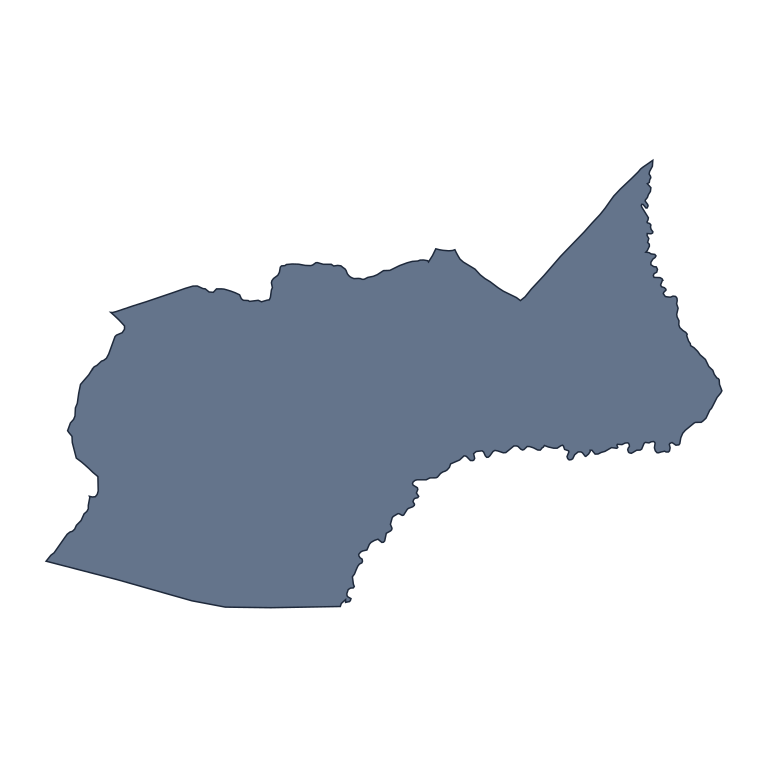 outline of Budjala, Équateur, Democratic Republic of the Congo
{"feature_id": "63176286B30356596276779", "entity_name": "Budjala", "entity_type": "district", "adm_level": 2, "iso_a3": "COD", "parent_name": "Democratic Republic of the Congo", "parent_adm1": "Équateur", "projection": "albers", "projection_center": [20.221, 2.596], "detail": "fine", "context": "isolated", "style": "filled", "palette": "slate", "viewbox_px": 768, "rotation_deg": 0, "n_neighbors": 0, "source": "geoboundaries", "source_scale": "gbopen_adm2", "svg_char_len": 6052}
<svg xmlns="http://www.w3.org/2000/svg" viewBox="0 0 768 768"><path d="M168.5,594.2L191.9,600.8L225.3,607.1L239.1,607.3L270.9,607.7L340.3,606.5L341.3,603.5L344.8,600.3L345.6,599.6L345.6,602.1L345.6,602.4L347.8,601.9L349.5,601.6L350.4,600.5L351.0,598.6L348.1,597.0L347.1,595.9L346.8,593.8L348.2,589.6L350.5,588.1L353.3,587.9L354.3,586.5L353.4,584.2L352.4,576.8L354.5,574.0L356.1,570.0L357.8,566.2L359.4,564.1L361.9,562.8L362.5,561.2L362.1,559.1L360.1,557.8L358.9,555.9L358.7,554.4L360.6,552.1L362.5,551.0L366.9,550.0L369.0,545.2L369.3,544.4L371.0,542.4L374.5,540.4L376.2,539.8L378.0,539.2L379.0,540.1L381.8,542.4L383.5,542.2L384.7,540.9L386.3,533.3L390.6,530.9L391.7,529.7L392.0,528.2L390.4,524.3L390.7,523.3L391.7,519.6L392.1,518.1L392.2,517.8L393.2,516.5L396.7,514.4L397.8,513.7L399.1,513.7L402.2,515.4L403.6,515.1L407.3,509.3L408.4,508.4L412.7,506.8L414.3,505.4L414.5,504.2L413.0,501.7L413.7,499.5L414.8,498.4L417.7,497.7L418.7,496.3L416.4,493.0L417.8,489.5L417.4,487.8L413.1,485.1L412.5,483.6L413.1,482.0L415.0,480.4L417.0,479.8L426.2,479.8L429.9,477.9L436.0,477.8L437.5,477.1L440.5,473.5L442.7,472.0L445.5,471.0L447.2,469.9L449.4,467.4L450.6,463.9L459.6,460.0L464.0,455.9L465.0,455.9L466.4,456.4L470.4,460.5L472.8,460.6L473.8,460.1L474.7,458.4L473.6,453.7L476.2,451.5L480.5,451.0L482.0,450.8L483.6,452.0L485.3,455.8L486.7,457.3L488.3,457.2L489.9,455.8L493.0,451.5L494.9,450.4L497.6,450.9L503.3,452.8L505.8,452.6L510.0,449.2L513.8,446.0L516.3,445.9L518.0,446.4L520.8,449.2L522.5,450.0L523.9,449.6L527.2,446.5L529.7,446.6L533.4,447.8L537.7,450.0L540.3,450.1L541.8,448.4L542.1,447.8L543.3,447.2L544.4,445.5L548.4,447.0L553.7,448.2L556.7,448.2L557.2,448.2L560.9,445.7L562.6,445.2L563.4,446.0L564.6,449.4L568.5,450.8L568.9,451.9L567.0,456.6L567.7,458.6L569.1,459.9L571.1,459.7L572.7,458.8L574.7,454.7L578.2,451.9L580.9,451.9L582.4,452.7L585.1,456.2L585.8,456.4L588.5,454.1L590.2,451.5L590.1,450.2L591.9,450.2L595.1,454.1L598.1,454.0L601.3,452.4L604.9,451.4L611.5,447.6L616.8,448.3L617.8,447.4L616.9,445.2L617.4,444.3L622.0,444.6L625.0,443.1L627.4,442.8L628.5,443.3L629.3,444.8L629.4,446.5L628.2,448.1L627.7,449.8L628.5,452.1L629.3,452.8L631.3,453.3L633.0,452.4L636.7,450.2L640.1,450.1L641.7,449.1L644.1,443.3L645.3,442.4L649.0,442.9L651.2,441.8L653.6,441.5L654.6,442.2L655.1,443.2L654.4,447.8L655.3,450.8L657.0,452.7L658.5,452.8L661.7,451.8L662.4,451.7L664.6,451.2L666.1,452.0L668.4,452.0L669.5,450.9L669.6,450.4L670.1,447.8L669.3,444.3L669.9,443.4L672.0,442.5L675.9,445.2L678.3,444.9L678.8,444.9L679.8,443.6L679.9,443.1L680.5,439.5L680.8,437.8L682.7,433.3L685.3,430.3L693.9,423.2L695.3,422.4L701.2,422.3L703.0,421.0L706.0,418.2L709.8,410.1L711.4,408.5L712.9,405.7L717.1,397.4L720.6,393.2L721.9,390.8L720.0,385.7L719.5,384.5L719.2,379.9L718.4,378.7L716.8,377.9L714.3,374.4L712.8,370.3L708.8,366.5L705.4,359.4L700.1,354.8L697.7,351.4L694.0,347.7L690.6,345.6L690.3,343.6L688.6,341.1L686.7,335.7L687.2,334.2L685.7,332.3L683.0,330.6L679.8,327.6L678.8,324.8L679.0,320.8L677.1,316.9L676.7,314.3L678.1,308.2L676.6,303.8L677.2,300.7L677.0,298.3L676.3,297.2L675.4,296.4L673.0,296.1L670.4,297.2L667.5,296.9L665.3,296.5L663.3,293.7L663.7,292.4L666.0,290.1L665.9,289.2L664.4,287.7L661.5,286.7L660.6,285.0L662.3,280.6L662.9,280.3L662.0,278.7L660.0,277.6L654.1,277.4L653.3,275.7L653.8,274.3L654.2,273.6L656.7,272.2L657.5,269.4L656.3,266.9L653.7,266.6L650.9,264.7L650.9,262.3L652.9,259.1L655.1,257.5L656.0,255.9L654.8,254.4L651.1,253.9L649.0,252.6L645.8,252.2L647.3,250.6L649.4,246.2L649.3,244.2L647.6,242.4L648.8,238.5L647.1,235.6L647.2,233.5L651.0,233.8L652.6,233.0L652.9,231.8L651.1,229.4L650.5,227.0L650.9,225.0L649.7,223.5L647.4,222.8L647.0,222.0L648.0,219.9L648.4,217.8L646.7,215.0L641.7,207.0L641.3,205.5L641.8,204.3L643.2,204.5L645.9,208.0L647.1,208.0L648.1,205.9L647.7,204.5L645.2,201.1L645.3,200.1L647.4,197.5L648.4,194.6L650.4,191.5L650.9,187.7L647.3,183.7L649.3,182.5L649.7,179.8L650.8,177.8L650.5,176.2L649.1,174.0L649.6,171.5L652.4,166.3L652.8,160.3L642.7,167.3L640.6,169.0L638.0,172.1L631.6,178.4L620.3,189.1L613.7,196.1L610.3,200.8L605.1,208.2L599.9,214.7L592.0,223.1L584.2,231.9L560.5,256.4L544.0,275.5L531.3,289.1L525.1,296.8L520.4,300.6L516.5,297.6L503.4,291.2L498.3,287.9L490.1,281.7L485.0,278.6L480.2,274.8L475.0,269.1L463.4,262.1L460.0,259.1L458.0,255.8L456.1,252.3L454.9,249.7L452.5,250.5L448.8,250.8L442.8,250.3L439.4,249.7L435.8,248.8L432.5,255.6L430.9,258.1L428.5,262.0L427.7,260.7L423.6,260.0L420.1,260.1L417.8,261.0L412.3,261.4L407.1,262.8L399.8,265.5L398.1,266.3L389.8,270.4L383.5,270.6L377.2,274.7L376.2,275.1L373.3,276.3L367.8,277.4L364.1,279.3L362.0,279.3L360.5,278.6L358.5,278.4L353.9,278.6L351.5,277.6L350.0,276.7L348.8,275.6L347.5,274.0L346.8,272.4L346.1,270.5L345.0,268.9L343.1,267.6L340.9,265.8L337.7,265.4L333.7,266.0L332.4,265.1L331.3,264.3L323.3,264.3L317.4,262.6L315.9,262.7L312.5,265.1L310.7,265.6L305.2,265.4L298.8,264.2L292.2,264.0L286.4,264.5L285.0,265.6L281.5,265.9L280.3,267.2L279.4,272.3L277.8,275.3L273.5,278.5L271.9,280.7L271.4,282.8L272.4,287.7L271.4,290.0L270.4,297.4L269.3,299.8L266.9,300.2L261.5,301.8L258.2,300.3L249.6,301.4L248.1,300.5L243.4,300.3L241.4,298.8L239.6,294.8L235.1,292.7L230.8,291.1L226.2,289.7L224.0,289.1L221.7,288.9L219.5,288.9L216.5,288.9L213.3,292.3L209.1,292.0L205.2,288.8L203.0,288.6L197.3,286.0L192.9,286.1L185.4,288.3L173.1,292.6L146.0,301.8L133.6,305.7L116.1,311.6L112.6,312.5L110.8,312.4L114.6,315.8L119.2,320.2L124.5,325.9L124.5,329.2L122.2,332.7L116.5,335.1L115.0,336.6L108.7,354.0L106.4,358.3L103.6,360.4L101.5,361.1L96.9,365.4L94.2,366.8L92.3,369.0L92.5,369.6L91.8,370.0L88.8,374.8L80.5,384.4L78.7,393.3L77.3,403.3L75.4,407.9L75.0,416.0L73.6,419.4L70.4,423.0L67.6,430.7L68.9,432.6L71.3,435.5L72.0,436.4L72.3,442.6L76.3,458.1L81.4,461.9L84.2,464.3L88.8,468.4L92.8,472.3L97.9,476.6L98.2,491.0L97.2,494.4L95.3,496.7L92.3,497.0L89.4,496.3L89.8,497.4L88.3,505.3L88.3,508.8L86.8,511.5L84.1,513.8L81.1,520.5L76.4,525.3L74.7,529.1L72.4,531.3L70.0,532.0L67.2,534.2L64.8,537.5L54.1,552.8L50.9,555.2L46.1,561.2L117.4,579.7L168.5,594.2Z" fill="#64748b" stroke="#1e293b" stroke-width="1.5"/></svg>